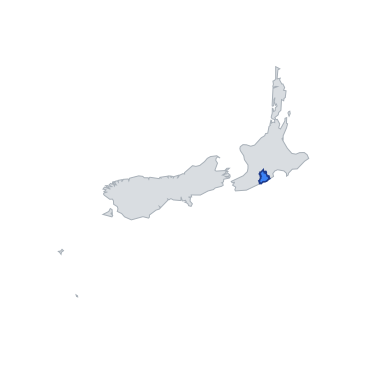 Central Hawke's Bay District, Hawke's Bay, New Zealand shown in context, rotated 34°
{"feature_id": "76426892B41441178851735", "entity_name": "Central Hawke's Bay District", "entity_type": "district", "adm_level": 2, "iso_a3": "NZL", "parent_name": "New Zealand", "parent_adm1": "Hawke's Bay", "projection": "equal_earth", "projection_center": [176.584, -40.056], "detail": "fine", "context": "in_parent", "style": "filled", "palette": "blue", "viewbox_px": 384, "rotation_deg": 34, "n_neighbors": 0, "source": "geoboundaries", "source_scale": "gbopen_adm2", "svg_char_len": 6111}
<svg xmlns="http://www.w3.org/2000/svg" viewBox="0 0 384 384"><g transform="rotate(34 192 192)"><path d="M198.8,161.1L200.3,161.2L206.8,156.2L209.5,155.1L210.2,155.0L208.8,156.5L209.1,157.6L207.7,161.0L208.9,160.5L209.7,158.1L210.6,157.6L210.2,156.2L214.2,156.7L212.9,159.1L210.8,160.5L212.1,160.6L215.1,158.1L215.1,159.6L211.2,163.7L212.4,166.0L211.5,167.8L212.6,167.6L214.1,169.0L213.2,170.9L209.0,175.6L208.4,178.0L204.7,182.2L200.6,189.9L193.0,194.9L194.5,196.3L191.8,198.1L194.0,197.8L195.5,200.7L198.9,201.6L199.3,204.4L197.0,205.2L194.8,203.9L191.7,204.4L192.7,203.3L191.3,202.5L189.0,204.8L185.6,202.1L187.6,205.3L181.0,209.0L178.2,209.3L177.3,211.3L175.7,211.4L176.6,212.1L174.8,222.2L172.9,222.2L174.7,223.2L174.5,224.3L172.3,227.2L169.6,234.9L170.7,236.6L170.6,237.9L165.1,239.9L157.3,249.0L150.0,250.3L145.7,249.2L140.9,249.9L140.0,247.3L138.3,245.9L133.9,246.0L131.8,243.2L130.0,242.4L127.9,244.0L121.1,243.7L119.8,243.2L119.5,242.2L121.9,239.3L119.7,240.9L118.6,240.7L119.5,239.4L119.4,238.2L116.6,239.4L116.7,236.9L122.8,235.3L120.4,235.1L120.1,234.2L122.5,232.4L119.3,232.6L119.7,230.4L121.5,230.3L120.8,228.7L124.5,230.4L123.9,228.8L125.3,228.4L122.8,227.3L122.6,225.7L123.8,224.5L125.5,225.0L124.3,223.6L127.2,220.8L128.0,222.9L128.1,219.8L131.8,216.9L133.4,218.1L132.6,215.4L138.8,208.4L142.4,206.6L144.4,206.9L147.6,204.8L149.1,205.6L148.5,204.0L148.9,203.3L157.3,199.3L157.2,198.0L158.2,197.8L157.5,197.5L162.3,193.1L164.3,193.4L163.1,192.1L165.0,190.9L167.0,191.8L165.9,190.5L167.7,189.7L168.6,190.8L168.6,189.1L171.5,185.6L172.1,188.4L172.4,188.0L172.2,185.2L174.2,181.9L175.8,181.2L175.0,180.2L177.7,169.9L180.9,168.6L183.6,165.6L185.4,159.8L185.9,155.5L187.6,152.2L192.3,148.1L196.3,148.1L193.5,148.5L193.2,150.7L194.0,152.5L197.0,153.8L198.8,161.1ZM194.9,42.7L199.3,50.7L201.5,48.3L201.9,50.1L206.1,52.3L206.9,51.6L210.4,53.6L211.0,56.5L213.4,55.5L216.5,61.5L216.0,63.0L217.0,65.1L214.5,65.3L220.0,74.5L219.4,77.7L220.3,79.8L219.0,83.9L221.3,85.1L222.1,84.1L226.8,86.6L228.0,90.4L230.1,90.3L229.3,81.2L227.9,78.9L228.9,77.4L231.9,82.2L233.1,82.0L234.5,86.0L236.1,94.4L237.9,97.1L236.9,96.6L236.7,97.3L237.6,98.1L246.5,102.4L253.2,104.2L257.0,102.5L259.2,99.2L263.0,96.5L266.5,96.7L270.0,98.9L268.1,103.6L266.3,114.0L262.4,117.0L261.5,122.2L262.2,124.3L261.5,126.0L259.9,123.7L256.4,123.1L250.5,125.7L248.9,128.2L248.7,131.5L250.9,133.5L247.4,141.9L245.4,144.2L236.1,160.0L227.4,166.8L226.3,166.2L225.5,163.5L221.8,163.6L222.0,160.5L221.6,160.2L220.2,161.9L218.6,161.3L225.4,149.9L226.5,144.2L225.2,141.1L223.3,138.3L217.4,135.9L214.6,133.0L209.0,130.7L207.4,129.2L206.7,127.4L207.8,124.2L210.8,122.4L215.1,121.2L217.7,118.1L219.1,108.3L220.8,104.7L220.3,102.5L221.9,100.9L219.2,94.6L219.7,92.7L218.9,92.5L217.3,88.4L218.2,88.3L219.3,90.5L220.2,88.7L221.8,88.2L219.9,85.7L217.4,86.5L215.8,85.7L214.5,81.9L211.8,77.7L212.6,77.6L214.7,79.7L215.4,78.0L214.0,75.6L214.5,73.2L212.8,71.9L212.7,73.4L209.7,71.1L208.0,67.3L208.1,69.3L211.5,74.8L210.6,75.9L210.0,75.4L201.2,60.8L204.0,56.8L202.3,57.6L200.7,60.0L199.8,59.0L199.3,57.2L197.1,54.8L198.1,53.3L198.1,51.4L191.3,41.3L195.9,40.8L194.9,42.7ZM135.6,251.3L138.2,254.7L136.9,254.4L136.9,255.2L139.5,255.9L139.5,257.4L130.7,260.4L133.9,254.7L133.5,251.4L135.6,251.3ZM117.4,314.9L118.3,316.9L115.5,315.9L114.0,316.3L116.1,314.4L116.3,312.2L118.3,312.5L117.4,314.9ZM229.6,72.1L230.1,74.9L227.3,72.8L227.2,71.4L227.9,70.3L229.6,72.1ZM209.1,154.0L207.3,155.0L207.7,152.8L209.7,151.4L209.1,154.0ZM119.5,234.4L119.4,235.6L116.8,235.1L118.7,233.7L119.5,234.4ZM155.2,342.1L155.9,342.9L154.7,343.2L153.4,342.1L155.2,342.1ZM122.0,226.6L122.7,228.5L121.0,227.6L122.0,226.6Z" fill="#d9dde1" stroke="#a8b0b8" stroke-width="1"/><path d="M238.7,133.7L238.7,134.2L238.5,134.3L238.6,134.7L238.1,136.1L238.1,136.6L238.0,136.8L237.8,137.2L238.0,137.3L238.0,137.5L237.9,137.6L237.7,137.7L237.8,137.9L237.8,138.1L237.7,138.1L237.8,138.2L237.9,138.3L237.9,138.5L237.7,138.8L237.6,139.0L238.0,139.4L237.9,139.5L238.0,139.6L238.3,139.4L238.4,139.5L238.5,139.5L238.7,139.4L238.7,139.5L239.0,139.5L239.4,139.6L239.4,139.8L239.5,139.8L239.8,139.9L239.7,140.1L239.8,140.1L239.8,140.3L240.0,140.3L240.3,140.4L240.2,140.5L240.3,140.5L240.5,140.6L240.6,140.8L240.5,141.0L240.4,141.1L240.4,141.3L240.5,141.3L240.5,141.2L240.5,141.3L240.7,141.5L240.8,141.6L241.1,141.8L241.3,141.9L241.3,142.0L241.2,142.0L241.1,142.3L241.1,142.5L241.1,142.9L241.2,143.2L241.3,143.3L241.3,143.5L241.3,143.8L241.4,144.0L241.5,143.9L241.6,144.1L241.4,144.5L241.5,144.8L241.2,145.3L241.5,145.4L241.4,145.5L241.5,145.6L241.8,145.9L242.0,145.9L242.1,146.0L242.3,146.2L242.4,146.3L242.4,146.2L242.5,146.3L242.5,146.2L242.7,146.3L242.8,146.3L242.8,146.1L243.5,146.4L243.7,146.2L243.9,146.3L244.0,146.4L244.0,146.5L244.1,146.4L244.5,146.5L244.5,146.4L244.7,146.2L244.7,145.9L244.8,145.6L244.8,145.4L244.9,145.2L245.0,145.0L245.0,144.9L245.2,144.7L245.1,144.4L245.1,144.2L245.3,143.8L245.2,143.7L245.3,143.6L245.5,143.5L245.7,143.3L245.8,143.2L246.0,143.1L246.4,142.9L246.6,142.9L246.7,142.7L247.0,142.5L247.1,142.3L247.2,142.2L247.3,142.0L247.4,141.8L247.4,141.7L247.5,141.6L247.7,141.4L247.8,141.3L247.8,141.2L247.7,141.0L247.7,140.9L248.0,140.6L248.1,140.4L247.9,140.3L247.9,140.2L247.9,139.8L248.0,139.6L248.1,139.4L248.2,139.2L248.2,138.9L248.3,138.7L248.5,138.4L248.5,138.2L248.7,137.9L248.8,137.8L248.9,137.6L249.0,137.5L249.0,137.4L248.9,137.4L249.0,137.3L249.0,137.2L248.4,137.0L248.2,137.2L248.2,137.3L247.5,137.2L247.6,136.9L247.6,136.5L247.4,136.5L247.1,136.5L247.0,136.4L247.1,136.2L247.0,135.9L246.9,135.9L247.0,135.9L246.9,135.8L246.7,136.0L246.5,135.8L246.4,135.8L246.3,136.0L246.1,136.2L246.0,136.3L246.0,136.5L245.9,136.6L245.7,136.7L245.4,136.8L245.2,136.7L245.1,136.4L245.0,136.2L244.9,136.1L244.7,136.1L244.2,135.9L244.0,135.7L243.8,135.6L243.7,135.5L242.8,135.1L242.7,134.9L242.6,135.0L242.6,134.9L242.6,134.7L242.8,134.5L242.8,134.4L242.7,134.3L242.7,134.2L242.4,133.9L242.2,133.9L241.7,133.6L241.4,133.8L241.2,134.1L241.0,134.3L241.0,134.8L240.9,135.3L240.8,135.2L240.7,135.2L240.4,134.9L239.8,134.8L238.7,133.7Z" fill="#3b82f6" stroke="#1e3a8a" stroke-width="1.5"/></g></svg>